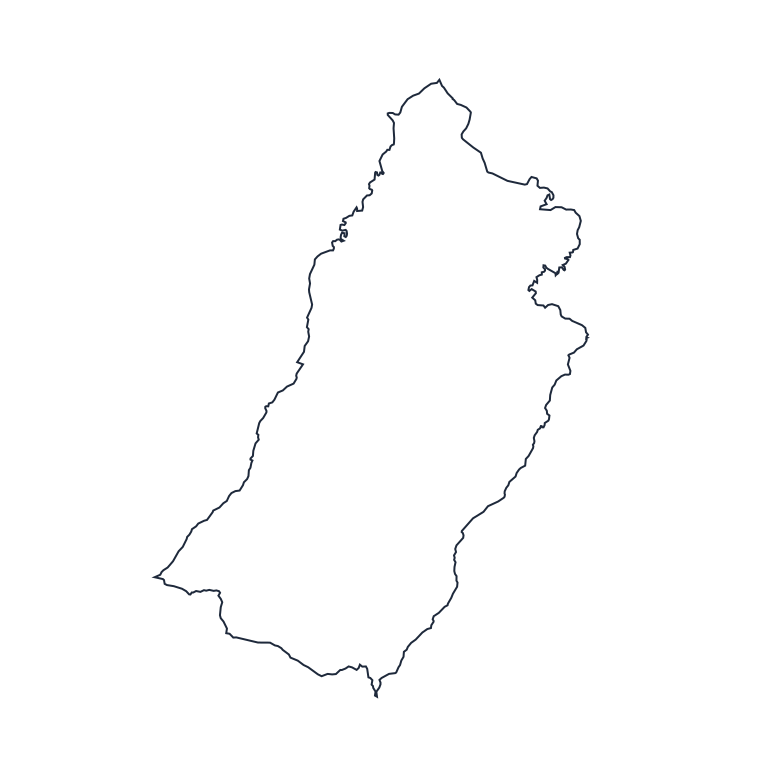 outline of Bagaces, Guanacaste, Costa Rica, rotated 190°
{"feature_id": "36466004B76041075166072", "entity_name": "Bagaces", "entity_type": "district", "adm_level": 2, "iso_a3": "CRI", "parent_name": "Costa Rica", "parent_adm1": "Guanacaste", "projection": "robinson", "projection_center": [-85.261, 10.512], "detail": "fine", "context": "isolated", "style": "outline", "palette": "slate", "viewbox_px": 768, "rotation_deg": 190, "n_neighbors": 0, "source": "geoboundaries", "source_scale": "gbopen_adm2", "svg_char_len": 6134}
<svg xmlns="http://www.w3.org/2000/svg" viewBox="0 0 768 768"><g transform="rotate(190 384 384)"><path d="M336.6,74.8L338.1,79.6L335.9,84.2L335.3,87.6L335.6,89.4L337.1,91.8L335.3,94.1L328.7,99.4L322.8,101.2L321.9,102.0L320.5,107.6L319.4,110.0L318.9,114.7L317.4,118.7L317.9,123.7L315.5,126.3L314.9,129.2L312.3,133.8L308.4,137.8L303.1,145.9L298.8,150.2L295.4,151.8L295.5,154.7L293.9,158.4L294.0,159.3L295.2,160.7L294.7,164.0L290.3,168.1L285.6,175.1L283.0,177.1L282.9,178.8L280.6,185.1L279.7,189.4L276.8,197.0L277.1,201.2L278.5,202.9L279.2,207.4L281.1,209.3L282.3,212.0L282.8,216.1L282.6,220.9L284.4,223.0L284.2,225.1L285.3,227.4L283.9,231.0L285.2,233.9L284.6,237.7L279.3,246.2L279.4,248.8L280.5,250.9L281.8,251.7L281.8,252.8L273.0,267.2L263.8,275.4L260.4,281.7L251.2,288.1L246.3,292.8L245.7,293.9L245.7,296.1L246.3,297.2L246.5,299.3L245.5,303.1L244.0,305.8L243.5,309.4L238.4,315.7L237.9,319.4L236.1,323.3L234.7,325.1L230.8,328.1L231.3,334.8L229.1,338.2L226.1,346.7L226.1,348.6L226.8,350.0L225.9,351.9L225.9,353.8L227.1,356.9L226.7,359.7L224.9,363.3L224.6,365.6L222.7,367.3L222.2,369.8L221.4,369.9L220.6,368.8L219.4,369.0L218.7,371.4L218.9,373.5L215.8,376.4L215.4,378.0L215.6,381.7L218.2,383.0L219.0,385.9L221.2,388.3L220.7,391.5L217.8,396.5L218.4,402.1L217.7,409.8L215.8,413.0L214.9,417.4L210.7,422.5L207.4,424.7L203.9,425.2L202.6,426.1L202.7,429.3L206.3,435.2L205.8,442.0L207.4,444.3L206.7,445.2L202.4,447.9L200.1,451.7L194.2,456.5L192.2,461.4L192.1,462.8L192.7,463.2L192.7,464.2L191.9,464.8L192.8,464.9L192.9,465.5L191.7,468.0L194.0,470.0L195.5,474.2L199.2,476.3L209.6,478.8L212.6,480.5L216.9,479.9L220.8,481.4L222.0,483.1L223.2,487.4L225.9,490.9L232.4,491.8L236.1,490.3L238.6,487.1L240.6,489.0L246.4,488.4L248.5,489.5L249.6,492.7L253.0,494.8L250.2,499.8L250.7,501.4L255.1,503.1L257.0,500.9L258.1,501.6L258.0,504.6L256.9,506.4L254.9,506.9L254.0,511.6L250.8,510.3L251.2,513.1L252.4,515.7L249.8,518.1L247.6,519.1L248.0,521.4L245.9,522.3L245.1,523.6L245.4,524.9L247.3,526.4L247.5,528.6L245.8,528.6L244.4,526.8L242.8,525.9L234.4,522.9L233.8,520.9L233.0,522.2L232.6,525.5L231.8,523.3L231.4,523.9L231.6,529.2L229.1,529.8L226.8,527.5L226.0,527.3L225.5,528.1L226.5,530.7L228.6,532.2L225.8,534.1L223.9,538.2L224.7,538.8L227.5,539.0L227.7,539.6L226.3,540.6L222.9,541.2L222.7,543.0L223.9,545.6L221.2,546.3L220.8,546.8L220.9,548.9L216.9,551.0L215.5,555.7L216.3,560.0L218.1,561.3L220.0,565.3L220.0,569.1L219.0,572.3L218.5,578.8L220.7,583.3L225.0,586.0L226.9,588.3L230.3,588.3L234.9,587.4L239.8,588.9L245.9,588.0L250.2,584.2L260.7,583.2L260.6,586.1L255.1,589.3L257.6,592.4L256.2,595.5L255.7,598.2L254.1,599.3L252.6,594.9L251.4,594.2L250.1,595.3L249.5,596.8L249.9,599.3L252.1,602.1L253.7,602.5L256.9,605.0L260.6,605.2L264.5,604.2L267.3,605.9L267.7,611.0L269.4,613.0L274.7,613.5L276.2,611.0L277.9,605.7L280.0,604.8L297.7,605.5L313.8,610.2L317.9,610.4L319.2,611.1L323.3,619.3L326.0,623.2L328.7,628.6L337.1,632.4L348.7,638.7L350.1,640.0L350.9,643.3L349.7,646.5L347.5,650.0L346.1,654.8L345.6,659.3L345.6,666.4L346.1,667.1L350.8,670.6L356.9,672.2L360.6,672.5L364.2,675.8L365.9,676.6L365.9,677.2L371.8,681.3L376.5,686.3L378.6,687.6L382.3,693.2L384.2,689.7L389.7,687.9L395.6,682.2L400.0,676.1L405.4,673.0L410.2,668.6L414.5,660.1L415.1,654.2L416.4,651.8L419.9,651.4L422.4,652.4L425.9,651.9L427.3,651.1L427.0,649.6L421.2,645.1L419.5,642.8L419.0,637.5L416.6,627.7L416.0,623.0L416.0,621.6L417.6,620.7L418.8,619.1L419.3,615.5L421.4,615.2L422.2,613.3L425.2,609.8L427.2,602.8L422.7,593.4L421.0,591.8L421.1,591.3L421.5,590.6L422.2,590.6L423.5,591.8L424.4,591.7L424.9,589.1L425.7,588.3L426.9,588.8L427.6,591.1L429.1,591.3L429.4,590.7L428.8,583.7L432.8,580.0L433.5,578.2L432.7,576.7L432.6,574.2L431.7,573.5L429.7,573.2L429.2,572.6L429.2,569.5L430.9,567.4L433.5,566.7L436.6,562.2L436.8,559.6L435.3,554.6L435.6,551.0L440.5,549.7L441.0,552.2L441.7,553.2L443.8,548.5L444.5,544.5L447.3,543.6L450.2,541.0L452.6,539.7L452.7,537.3L449.8,536.5L449.6,535.8L450.6,533.7L453.2,533.7L454.4,533.1L454.3,528.4L451.6,527.8L448.5,529.1L447.4,528.2L446.5,525.6L446.5,523.4L447.2,522.1L448.7,522.6L449.0,525.6L451.6,525.6L452.2,523.5L452.2,521.1L451.6,519.3L448.6,518.1L450.7,516.9L452.8,518.5L453.9,518.5L455.4,517.9L456.8,516.2L458.9,515.9L459.7,514.3L458.5,511.1L457.1,510.1L456.9,508.6L457.4,506.7L460.4,506.2L468.6,501.4L471.6,498.1L473.7,494.7L473.3,489.4L476.0,479.4L476.0,474.9L474.3,470.2L474.3,464.1L473.6,461.4L468.6,449.8L468.6,446.4L471.3,436.0L469.7,434.3L469.8,426.6L467.7,424.9L467.7,422.3L466.0,417.8L466.2,412.9L468.7,407.7L468.4,401.8L473.3,390.4L467.2,389.3L471.8,379.1L471.9,376.8L471.1,375.4L471.1,373.9L473.1,368.7L479.1,364.6L482.5,360.1L487.0,357.2L489.2,349.5L490.8,346.5L494.0,344.8L494.1,341.9L496.1,341.7L496.9,341.0L496.8,339.6L495.0,337.0L494.9,335.5L497.1,329.5L499.4,326.0L500.1,323.8L500.8,313.2L498.9,312.1L498.8,309.7L497.7,307.4L500.2,303.2L501.1,295.5L500.6,290.4L502.5,287.5L502.4,286.4L500.3,285.8L500.9,283.3L501.0,278.3L502.1,275.7L501.5,269.8L502.3,266.6L504.9,262.9L505.3,259.9L507.7,254.0L511.8,252.7L515.3,250.1L517.1,246.8L518.5,241.5L521.5,238.7L524.6,233.8L530.2,229.7L530.5,228.0L534.7,219.4L537.4,218.1L542.7,214.3L544.3,211.2L547.9,207.7L548.2,205.2L549.5,201.8L551.3,199.2L551.4,197.1L553.9,188.6L557.2,183.6L561.0,172.8L565.2,165.7L568.9,162.3L570.4,160.1L571.2,157.3L576.3,153.9L567.9,153.5L566.6,152.7L565.3,149.1L562.8,148.3L555.9,148.4L547.4,147.3L542.8,145.6L539.4,143.0L538.1,143.1L537.1,145.3L535.7,145.5L533.1,147.5L528.7,147.4L525.5,149.7L523.2,149.6L520.3,150.9L515.8,150.7L513.2,151.6L510.5,151.3L509.2,149.9L510.3,146.8L507.4,144.0L505.4,141.0L506.0,135.9L505.4,127.8L504.1,125.0L500.8,122.2L496.2,115.9L496.1,111.2L492.7,111.2L488.4,108.1L485.5,108.8L463.2,107.5L451.3,109.5L446.0,107.6L443.0,107.5L439.2,106.0L437.6,104.6L430.7,101.1L428.6,98.3L420.9,96.6L414.4,93.3L409.5,91.9L398.7,86.6L394.7,85.4L389.2,88.7L384.6,89.0L381.0,90.0L377.4,94.8L375.9,95.0L372.5,97.1L369.8,99.7L366.3,99.4L361.3,97.7L359.6,100.0L359.0,103.4L356.3,101.9L352.8,102.7L351.1,100.6L348.4,92.4L346.4,92.1L344.0,90.3L344.0,85.8L342.4,84.6L341.8,82.8L338.9,79.6L338.8,75.6L336.6,74.8Z" fill="none" stroke="#1e293b" stroke-width="2"/></g></svg>